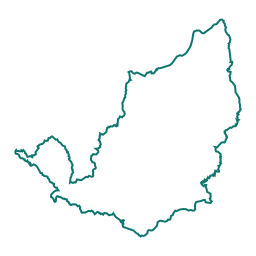 outline of Timor Tengah Utara, Nusa Tenggara Timur, Indonesia
{"feature_id": "22746128B66987763142599", "entity_name": "Timor Tengah Utara", "entity_type": "district", "adm_level": 2, "iso_a3": "IDN", "parent_name": "Indonesia", "parent_adm1": "Nusa Tenggara Timur", "projection": "robinson", "projection_center": [124.402, -9.341], "detail": "fine", "context": "isolated", "style": "outline", "palette": "teal", "viewbox_px": 256, "rotation_deg": 0, "n_neighbors": 0, "source": "geoboundaries", "source_scale": "gbopen_adm2", "svg_char_len": 5825}
<svg xmlns="http://www.w3.org/2000/svg" viewBox="0 0 256 256"><path d="M222.2,19.6L220.1,19.9L216.5,24.2L214.3,24.5L212.8,25.8L211.8,27.4L203.7,33.3L202.1,33.1L199.5,30.5L196.7,30.5L194.1,31.5L193.3,33.5L192.3,39.9L190.9,45.1L189.4,48.2L186.1,53.2L182.6,55.6L181.2,55.7L179.8,55.2L176.9,56.6L172.0,63.3L170.0,65.1L161.6,67.8L157.2,68.7L157.1,69.5L156.3,69.4L156.1,69.8L156.6,69.5L156.4,69.9L157.2,70.0L156.1,70.4L153.8,73.3L151.5,73.4L151.3,71.6L150.8,71.5L148.1,72.8L147.1,72.7L144.7,76.2L137.5,72.7L136.2,72.7L135.0,73.7L133.3,73.3L131.5,71.3L130.1,71.3L128.6,72.1L129.2,72.6L130.0,78.0L129.6,79.2L130.7,80.0L129.1,80.7L128.6,81.9L126.4,83.5L125.7,88.8L126.4,90.2L125.5,91.4L126.0,93.6L125.2,95.0L125.3,97.5L124.5,97.8L123.3,101.6L122.3,102.9L122.7,106.0L122.5,108.9L123.4,110.9L124.5,112.2L124.6,114.2L123.7,116.0L122.5,116.5L122.2,117.3L119.9,116.5L119.3,118.1L118.0,119.2L117.5,125.7L116.9,125.6L116.5,126.0L116.1,124.9L115.3,125.8L114.0,125.1L112.6,126.5L110.5,126.3L109.4,127.2L108.9,126.8L107.2,127.8L107.4,128.5L106.7,129.7L106.4,131.9L103.1,134.7L100.2,133.5L100.3,134.0L99.8,134.9L100.2,135.7L99.6,136.3L99.7,138.1L99.2,139.5L98.8,139.4L98.5,140.0L99.8,141.2L100.8,144.4L99.9,145.7L100.3,146.9L97.8,148.6L95.9,148.7L98.1,150.5L98.4,152.0L96.3,154.5L93.1,154.2L92.6,154.4L92.4,155.3L91.3,156.0L90.9,159.8L92.5,162.3L93.7,162.4L94.9,163.5L94.9,165.0L95.8,167.8L95.3,168.7L93.3,169.5L92.8,171.3L93.4,172.1L92.9,173.7L93.3,175.5L92.7,176.6L91.2,176.7L89.0,175.8L87.9,177.1L86.1,176.8L81.3,180.2L77.0,179.4L75.6,182.5L74.4,182.1L74.0,182.6L72.7,182.9L71.0,182.0L70.1,182.6L70.5,177.9L71.3,176.6L71.8,174.2L73.1,172.4L72.5,171.1L72.7,169.4L72.0,169.1L71.7,167.5L72.7,165.2L71.0,161.6L68.9,159.4L68.9,158.9L69.6,158.5L69.6,157.7L69.3,156.3L68.6,156.1L68.8,154.8L68.0,152.9L68.1,152.1L67.6,151.8L67.0,152.1L66.7,150.3L65.5,149.3L65.0,146.5L62.4,145.4L60.6,142.9L58.7,142.0L57.3,139.4L55.9,139.7L52.1,136.4L50.6,137.2L50.2,137.9L48.5,138.1L47.9,140.5L46.1,140.9L44.7,140.5L44.0,142.5L42.7,143.7L39.2,144.8L38.8,145.7L37.6,146.1L37.5,146.9L38.7,148.1L35.5,152.2L35.8,154.4L33.6,155.5L32.2,155.3L32.2,157.1L30.4,156.1L27.5,156.9L25.8,153.5L25.2,153.4L24.7,151.6L23.3,150.2L22.3,151.3L21.2,150.2L20.6,151.3L19.7,151.3L16.7,150.9L16.2,150.0L15.4,151.1L15.4,152.8L16.0,153.8L17.6,154.0L19.2,155.2L19.3,156.3L20.6,158.2L22.6,158.3L23.9,159.3L24.6,159.3L24.6,160.4L27.1,161.5L27.5,160.9L28.1,162.3L29.2,162.5L29.2,163.3L30.0,162.9L30.6,163.9L30.1,165.0L30.7,165.7L31.4,165.8L33.6,164.3L35.8,165.5L37.1,166.7L40.6,173.1L42.1,173.1L42.6,175.0L43.6,175.2L44.0,175.9L47.5,176.6L47.9,178.2L48.8,178.8L49.9,181.7L50.6,182.3L51.5,182.3L52.7,183.5L54.1,183.7L53.7,185.4L54.2,186.4L55.6,187.7L57.0,187.7L57.5,189.2L58.4,190.4L56.2,190.5L54.1,191.6L51.3,194.4L50.9,196.9L52.0,197.4L53.8,199.5L54.2,201.3L54.9,201.9L55.7,201.3L56.3,197.2L56.9,196.4L57.7,196.1L58.8,196.9L60.8,197.2L63.0,198.7L64.0,198.5L64.4,199.1L66.8,199.3L66.8,200.6L67.2,201.4L68.5,201.7L68.9,203.2L69.4,203.3L69.5,203.9L70.7,205.1L71.5,205.0L72.2,204.3L75.9,204.4L77.9,206.3L79.1,205.7L80.2,207.1L79.9,208.6L81.5,211.7L81.4,212.3L81.9,212.7L85.3,212.5L88.7,210.9L90.7,211.2L91.6,210.6L92.6,211.1L94.8,214.2L97.4,211.9L98.7,212.3L99.1,213.1L99.8,213.0L100.6,214.0L101.9,213.5L103.2,214.6L104.3,213.0L107.0,213.4L108.9,215.2L112.8,214.4L113.3,213.3L115.8,217.0L120.2,220.2L120.6,221.5L121.1,221.0L121.5,221.6L122.6,220.2L123.2,220.2L123.2,220.6L124.2,219.7L123.6,221.0L122.8,221.5L123.3,223.7L122.4,223.7L123.1,226.9L133.5,230.5L136.4,233.2L138.2,234.0L138.8,235.3L139.9,235.5L140.8,236.4L141.6,235.6L143.3,235.9L144.9,235.5L147.4,233.2L147.7,231.0L148.7,230.1L151.7,230.5L153.2,229.9L157.0,225.7L157.6,222.4L159.5,220.9L160.7,220.7L165.2,221.7L167.2,220.8L168.0,219.6L169.8,219.7L170.5,218.9L170.9,216.1L173.0,214.9L173.3,213.3L175.3,210.6L176.6,211.1L179.6,209.6L183.1,209.0L186.0,209.2L188.5,210.5L190.7,210.0L192.7,210.6L194.2,210.5L195.2,209.3L194.9,204.8L196.2,202.0L201.4,200.9L203.7,199.9L204.9,200.0L205.7,202.3L210.6,203.0L211.7,201.3L210.2,199.9L210.4,198.8L209.8,198.5L210.8,196.4L210.4,195.4L210.5,193.8L207.1,191.8L206.5,188.6L205.6,187.0L206.2,184.9L204.9,185.0L203.4,186.1L201.5,183.9L201.1,182.8L201.6,182.0L203.3,182.5L203.2,181.1L204.1,181.1L204.4,180.3L204.7,181.0L204.3,182.0L205.8,181.4L206.6,180.8L205.7,180.4L206.1,179.6L206.9,179.5L207.9,177.4L208.4,178.2L209.2,178.2L210.4,175.6L211.7,175.6L212.6,174.7L213.3,175.7L214.0,174.9L214.7,175.5L215.0,173.6L214.4,173.1L215.2,172.0L215.2,170.7L216.0,170.7L216.5,171.5L219.0,171.6L218.9,170.6L218.1,169.5L219.0,167.2L218.5,165.8L219.6,165.7L221.0,163.3L220.0,162.7L220.8,161.1L220.3,160.1L220.8,158.3L220.1,157.6L220.9,156.6L220.3,156.3L220.8,154.3L218.1,151.8L216.1,151.4L215.5,150.2L215.7,147.8L215.1,147.1L217.0,147.4L221.2,142.9L222.8,142.2L224.5,142.5L225.2,141.6L226.0,139.2L227.0,137.6L226.6,137.2L226.8,136.5L226.3,136.4L226.2,135.2L224.6,132.9L225.0,132.3L224.6,131.4L225.3,131.1L225.7,130.2L226.6,130.2L230.3,127.5L231.5,127.8L233.4,126.3L235.5,126.2L235.6,124.9L236.2,125.3L236.6,124.6L236.3,124.2L237.0,124.0L237.6,121.9L237.0,120.2L237.8,120.8L238.6,120.0L237.8,119.8L237.6,118.0L238.1,118.2L237.2,117.4L237.1,116.3L238.0,115.1L237.4,114.2L237.8,114.1L237.6,113.7L238.2,113.8L237.9,113.2L238.3,112.2L238.9,112.2L240.6,109.3L240.2,109.0L240.4,108.6L239.9,107.0L240.0,104.7L239.4,102.6L239.4,99.0L238.9,97.5L235.6,92.2L235.0,86.0L232.5,82.5L230.3,80.6L230.0,77.1L229.4,75.8L230.4,74.2L230.6,72.0L228.2,71.5L227.2,70.1L228.1,69.5L228.0,69.0L229.1,69.2L228.9,68.6L229.5,67.1L231.8,64.6L232.4,62.4L232.1,61.8L230.5,62.0L230.8,61.4L229.3,49.1L228.5,47.8L229.0,46.5L228.7,45.7L229.2,44.2L228.6,43.6L229.8,42.4L230.4,39.1L229.0,35.3L227.8,34.8L225.8,31.8L225.2,29.4L226.1,27.4L225.0,26.0L224.7,23.5L223.5,22.4L223.7,21.0L223.0,20.8L222.2,19.6Z" fill="none" stroke="#0f766e" stroke-width="2"/></svg>